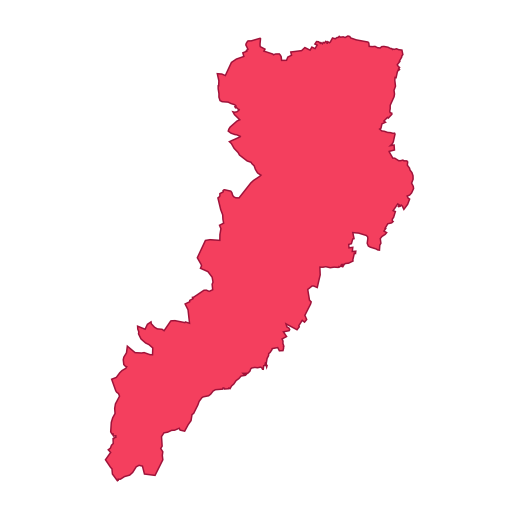 outline of Sampués, Sucre, Colombia, rotated 87°
{"feature_id": "7082276B86835655718123", "entity_name": "Sampués", "entity_type": "district", "adm_level": 2, "iso_a3": "COL", "parent_name": "Colombia", "parent_adm1": "Sucre", "projection": "orthographic", "projection_center": [-75.366, 9.156], "detail": "fine", "context": "isolated", "style": "filled", "palette": "rose", "viewbox_px": 512, "rotation_deg": 87, "n_neighbors": 0, "source": "geoboundaries", "source_scale": "gbopen_adm2", "svg_char_len": 6047}
<svg xmlns="http://www.w3.org/2000/svg" viewBox="0 0 512 512"><g transform="rotate(87 256 256)"><path d="M473.2,406.2L472.7,405.3L471.7,405.3L471.8,403.1L469.4,398.9L468.2,393.6L465.7,390.5L460.2,386.6L458.9,383.7L459.9,380.4L467.9,378.8L469.8,368.3L454.6,359.7L450.2,360.0L446.7,359.3L443.2,361.2L441.0,359.7L431.4,359.8L427.8,357.2L427.3,353.4L425.7,349.4L425.7,346.4L424.0,341.7L425.9,340.9L427.2,336.4L420.8,332.5L417.0,329.5L411.0,328.2L409.9,326.5L401.6,321.8L398.2,320.4L394.6,317.4L393.9,316.0L393.1,310.6L391.6,308.5L388.6,305.9L387.4,303.5L387.2,296.2L386.3,296.1L386.1,295.3L386.6,294.3L387.2,294.3L387.1,290.3L386.5,290.2L386.5,289.7L386.9,289.6L386.7,289.1L387.0,288.8L384.5,287.2L382.7,284.9L379.4,282.4L377.5,279.5L375.1,277.2L374.6,272.9L373.3,271.3L373.9,274.0L372.5,275.2L372.7,270.4L370.7,268.1L368.4,267.2L367.6,266.0L367.2,263.0L367.7,260.3L367.2,257.3L367.9,256.1L369.4,255.4L369.5,254.7L366.0,254.1L365.8,252.9L363.1,252.1L363.2,251.5L365.0,251.8L367.5,251.2L366.0,250.7L366.0,251.4L363.9,251.4L358.9,250.3L356.2,248.7L354.1,248.4L353.1,247.0L350.3,244.9L349.3,244.7L348.6,239.1L351.9,237.6L351.9,234.0L349.2,233.2L347.9,233.3L347.6,232.9L344.7,233.7L342.4,233.5L340.2,234.3L338.0,229.7L333.2,232.6L332.3,226.8L331.2,226.2L329.7,226.9L328.5,228.8L325.3,229.6L331.8,218.9L329.0,216.5L327.8,216.9L322.7,213.2L324.6,211.0L322.1,208.7L317.8,210.3L306.8,204.0L304.7,203.3L302.9,204.9L292.1,206.1L288.9,201.6L289.0,199.9L290.7,196.5L278.2,192.9L270.5,192.8L270.7,189.7L270.3,186.9L271.6,182.5L271.2,178.5L271.7,174.5L271.5,174.0L271.0,173.8L271.4,173.2L270.6,172.1L270.7,171.5L269.7,171.5L269.7,170.9L269.0,170.8L269.0,169.7L270.9,170.3L271.0,170.7L271.3,169.9L269.2,168.5L268.2,167.2L268.0,163.9L266.1,159.4L264.8,159.5L258.3,157.6L258.7,156.5L256.4,156.1L256.5,159.6L252.4,158.9L252.7,162.7L249.3,162.8L248.7,160.1L244.1,158.5L243.8,157.2L237.7,158.1L238.5,152.3L241.3,144.7L242.7,143.5L244.5,143.4L249.1,144.3L251.9,143.3L253.1,141.5L255.2,135.8L256.3,134.1L256.6,132.4L251.6,131.8L249.8,130.6L245.1,131.0L243.1,129.2L241.2,125.9L239.5,124.3L237.8,126.9L235.3,125.0L235.0,125.6L230.7,122.7L230.0,118.8L228.8,117.3L228.2,118.0L226.2,117.9L224.7,116.6L218.9,114.5L217.9,116.7L211.4,111.7L212.5,110.3L213.9,111.3L214.2,110.9L213.6,110.5L213.9,109.9L213.1,109.5L213.6,109.0L212.8,108.3L213.9,107.2L217.2,105.9L212.4,101.9L207.2,99.6L206.1,101.1L204.0,101.9L203.2,99.4L201.1,97.3L196.9,95.1L194.7,95.3L191.4,96.8L187.5,95.1L184.1,95.0L180.9,95.9L178.2,97.7L176.3,98.1L173.2,100.1L170.0,99.6L168.9,100.4L168.7,103.3L167.9,104.3L168.4,106.5L168.3,108.5L165.6,112.3L165.4,114.3L158.8,117.6L158.5,117.6L157.4,112.2L152.4,112.3L152.8,116.0L151.2,114.1L149.2,112.9L141.6,110.8L140.6,111.2L140.7,112.7L139.8,115.4L139.5,118.1L138.2,121.2L137.7,123.8L135.7,125.9L134.9,124.5L130.6,123.3L129.2,119.7L127.9,121.2L124.5,117.5L125.2,116.7L121.6,112.9L120.5,112.9L119.9,114.5L118.4,114.9L116.0,114.3L112.5,114.1L104.2,109.8L101.5,109.2L97.7,109.5L93.7,107.8L88.0,108.2L85.0,107.8L85.3,106.8L79.5,105.2L77.7,104.2L78.0,103.8L77.3,102.9L76.0,103.7L75.3,102.8L73.3,104.6L72.3,104.9L69.3,102.2L68.9,102.6L65.0,100.1L63.6,99.8L62.6,98.8L58.0,99.5L57.4,102.8L56.4,104.8L56.9,107.1L56.5,108.4L56.9,108.8L55.9,109.8L55.8,110.9L54.4,113.3L53.4,117.3L53.5,119.5L54.8,121.2L54.3,123.8L52.9,126.2L53.0,128.8L52.6,132.0L49.2,132.2L48.2,133.0L45.4,144.6L43.2,150.0L41.7,150.9L41.1,152.7L42.5,155.6L41.7,157.4L41.9,160.3L41.0,161.4L42.0,162.4L42.1,163.7L43.2,165.5L42.3,168.2L46.2,170.6L46.9,171.5L45.8,173.1L47.9,173.9L46.2,174.0L45.3,175.1L46.8,176.5L46.2,177.7L47.6,178.6L46.3,180.0L47.0,180.5L45.3,182.3L45.0,184.3L47.4,186.1L48.6,183.9L52.0,186.2L50.3,189.3L53.3,191.2L50.4,196.3L53.3,199.7L54.1,210.6L57.4,210.0L59.0,213.8L62.2,215.3L62.0,220.2L58.4,220.4L56.8,221.1L55.4,222.2L55.3,225.9L56.0,228.0L55.2,228.7L51.8,237.4L49.9,236.2L47.2,240.7L46.7,240.9L44.5,240.9L39.2,240.1L38.8,240.5L40.9,249.5L40.8,252.7L41.3,253.3L43.3,254.7L44.7,255.1L49.1,253.2L50.2,254.8L51.0,254.5L52.4,258.5L56.1,257.7L58.3,265.3L61.4,270.4L74.2,277.2L72.5,280.6L71.9,285.1L79.2,283.9L84.1,284.4L84.1,284.9L87.1,285.0L92.0,284.5L95.4,284.7L98.9,283.8L100.1,281.8L100.9,275.7L102.4,273.1L103.8,269.4L105.1,268.2L105.8,269.3L106.9,268.7L106.5,268.0L109.1,265.5L108.7,264.6L111.0,267.4L111.3,270.0L110.8,271.5L113.7,270.1L119.1,265.1L120.2,267.9L125.9,275.1L127.9,276.5L129.8,277.2L132.0,274.6L133.7,270.5L133.9,269.0L135.7,265.4L136.2,265.7L140.4,276.6L142.4,274.7L147.4,272.2L151.7,268.5L154.3,267.2L160.6,259.9L162.2,256.0L163.4,255.4L165.9,253.1L169.4,252.1L172.6,250.4L173.5,249.7L175.5,246.8L176.7,248.2L180.4,254.5L182.7,257.3L197.1,269.9L196.8,273.3L195.7,275.1L194.2,276.1L191.4,276.8L189.9,277.8L188.5,282.8L188.2,284.1L188.4,284.8L189.0,285.5L190.0,285.3L190.4,285.7L191.8,288.8L194.0,288.9L194.9,289.4L196.0,291.0L207.9,288.8L213.2,287.1L217.7,287.1L221.5,286.6L223.4,290.8L226.9,289.6L232.7,290.9L238.5,291.3L237.3,301.1L237.8,305.7L254.7,314.7L261.4,311.3L262.9,310.9L265.4,312.1L269.1,304.8L274.9,300.9L279.9,300.3L281.9,301.3L287.4,301.0L288.9,304.6L287.5,307.4L287.5,309.8L293.8,320.3L294.0,321.6L295.3,321.1L296.9,324.5L298.2,324.6L300.2,329.3L306.1,326.7L319.7,325.9L318.2,329.9L318.8,330.5L316.3,340.3L316.3,344.1L316.5,344.6L325.8,351.7L324.3,353.6L323.6,358.4L321.8,361.1L318.2,364.1L316.3,364.3L318.5,368.0L323.3,370.6L319.9,377.9L322.7,377.9L325.7,377.0L327.6,377.4L332.8,375.2L337.1,370.8L338.9,367.5L342.4,363.9L349.2,364.5L349.0,367.0L346.6,372.8L346.9,375.3L346.2,381.8L339.3,389.2L345.9,390.4L350.1,393.3L352.7,394.0L357.5,393.7L359.2,392.3L359.8,390.9L360.5,391.3L361.4,392.0L363.4,395.8L365.4,398.1L369.9,401.8L371.5,406.6L383.3,403.1L384.8,402.2L386.2,400.5L388.8,399.6L396.3,404.1L400.8,405.1L405.9,405.0L410.1,407.6L414.6,409.2L424.0,410.3L426.1,409.2L426.2,408.0L427.2,408.0L427.2,408.3L428.4,407.7L428.2,405.4L429.7,405.4L430.3,407.5L430.9,407.6L430.9,408.3L435.8,408.4L437.4,410.2L440.3,411.5L441.8,413.7L444.5,411.4L451.6,417.0L459.6,412.2L461.0,411.0L466.2,410.8L473.2,406.2Z" fill="#f43f5e" stroke="#9f1239" stroke-width="1.5"/></g></svg>